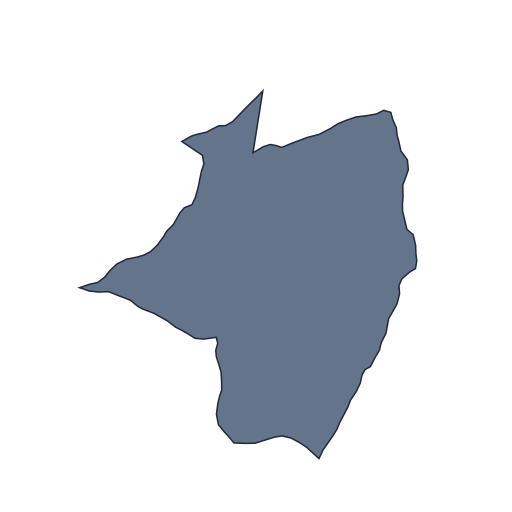 outline of Pradópolis, São Paulo, Brazil, rotated 201°
{"feature_id": "56859067B17432749065074", "entity_name": "Pradópolis", "entity_type": "district", "adm_level": 2, "iso_a3": "BRA", "parent_name": "Brazil", "parent_adm1": "São Paulo", "projection": "orthographic", "projection_center": [-48.08, -21.346], "detail": "fine", "context": "isolated", "style": "filled", "palette": "slate", "viewbox_px": 512, "rotation_deg": 201, "n_neighbors": 0, "source": "geoboundaries", "source_scale": "gbopen_adm2", "svg_char_len": 1727}
<svg xmlns="http://www.w3.org/2000/svg" viewBox="0 0 512 512"><g transform="rotate(201 256 256)"><path d="M124.6,89.4L123.9,99.0L122.0,106.7L119.8,115.6L118.3,123.5L118.2,130.4L116.1,147.8L116.1,155.3L113.8,165.5L113.1,174.7L114.3,182.6L113.5,189.1L109.6,193.6L108.4,204.5L107.0,212.4L108.0,219.8L107.0,230.5L109.7,245.1L108.4,253.2L107.2,261.9L108.4,272.1L111.9,279.6L111.7,286.8L106.8,296.1L102.6,301.4L104.2,309.2L107.7,315.8L110.7,323.0L116.8,332.1L124.6,334.9L135.2,350.4L138.1,357.5L139.9,363.9L144.4,374.8L144.4,384.0L144.7,391.2L149.2,400.1L158.4,406.0L163.5,413.8L167.3,418.9L171.0,426.1L177.1,432.2L181.6,438.4L188.9,437.8L194.3,431.9L203.2,426.5L212.4,421.7L219.5,415.8L227.0,408.8L232.1,401.8L240.8,392.0L250.6,385.1L263.2,373.9L270.9,366.6L277.0,366.3L282.7,365.2L288.4,360.6L295.8,351.3L308.8,412.5L311.3,406.6L315.4,397.7L319.2,389.2L325.9,373.2L331.3,366.7L337.3,364.3L342.1,359.1L346.8,353.7L354.5,348.6L359.2,344.9L366.3,336.3L342.1,330.8L337.7,323.3L337.3,315.5L336.2,308.7L334.5,298.7L333.6,288.7L334.2,280.9L340.2,275.4L342.5,268.9L344.4,256.0L348.2,247.2L349.2,241.0L352.1,230.7L355.9,222.5L360.6,217.0L366.3,212.6L375.9,206.5L383.0,198.7L387.3,189.8L389.7,181.9L394.4,174.5L401.1,170.1L409.4,163.2L398.8,163.6L390.5,165.8L380.7,169.9L370.2,169.7L357.4,169.7L348.3,166.6L342.4,165.9L330.8,165.9L316.0,163.8L305.4,160.7L299.2,160.1L292.6,159.1L283.3,157.3L275.0,159.7L264.0,165.8L260.4,160.7L259.8,153.5L256.9,147.7L252.6,142.4L247.1,135.2L243.3,126.9L240.0,118.7L239.8,112.3L238.8,104.7L236.3,94.2L230.6,85.0L222.6,80.5L217.1,77.7L209.5,73.6L198.4,77.4L189.8,80.9L174.0,93.4L167.3,97.3L158.3,98.6L149.2,97.5L139.9,95.5L131.5,92.1L124.6,89.4Z" fill="#64748b" stroke="#1e293b" stroke-width="1.5"/></g></svg>